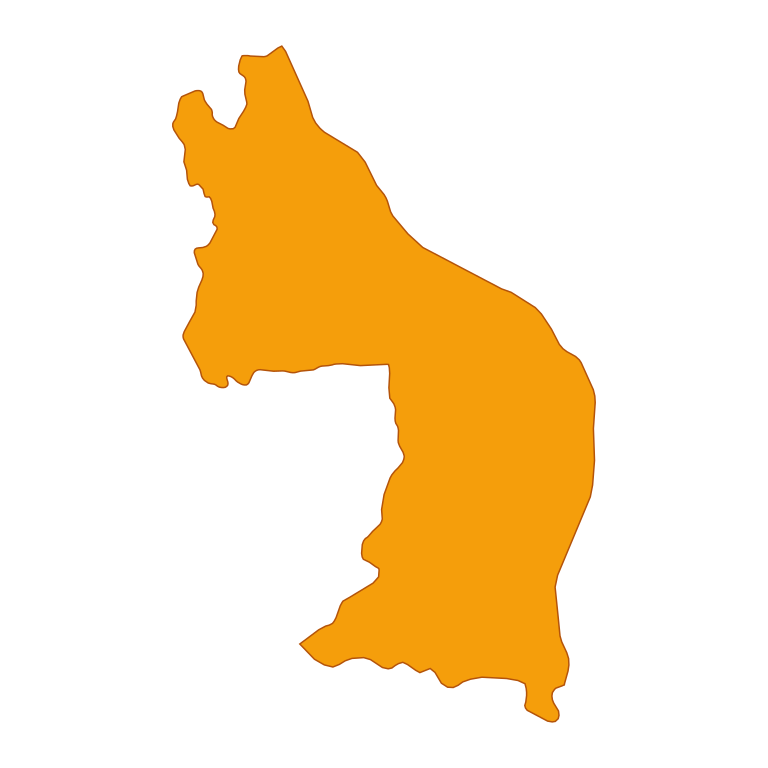 map outline of Nakhon Phanom (Albers equal-area conic projection)
{"feature_id": "THA-472", "entity_name": "Nakhon Phanom", "entity_type": "Province", "adm_level": 1, "iso_a3": "THA", "parent_name": "Thailand", "parent_adm1": "", "projection": "albers", "projection_center": [104.283, 17.384], "detail": "fine", "context": "isolated", "style": "filled", "palette": "amber", "viewbox_px": 768, "rotation_deg": 0, "n_neighbors": 0, "source": "natural_earth", "source_scale": "10m", "svg_char_len": 4211}
<svg xmlns="http://www.w3.org/2000/svg" viewBox="0 0 768 768"><path d="M281.8,46.1L285.6,51.4L308.0,101.3L312.7,117.5L315.7,123.1L319.8,128.1L321.6,129.8L324.5,132.3L357.5,152.3L365.2,162.2L376.6,185.4L384.0,194.5L386.0,197.9L387.4,201.2L390.6,211.8L392.8,215.9L407.9,233.9L422.8,247.5L501.6,288.9L511.1,292.3L535.3,307.6L541.4,314.0L551.4,329.1L559.3,344.4L562.9,348.7L566.9,351.7L575.6,356.5L579.3,359.9L581.2,362.8L593.3,389.7L594.8,396.0L595.2,402.5L593.4,428.5L594.5,460.4L592.6,485.0L590.3,496.9L557.6,575.2L555.1,587.1L558.3,618.5L560.0,635.9L561.7,641.8L566.8,652.8L568.6,658.6L568.9,665.0L568.0,671.1L564.6,683.3L564.3,684.9L564.2,684.9L562.0,685.9L556.0,688.1L554.5,689.4L552.4,692.6L551.9,696.0L552.4,699.8L553.7,703.1L558.5,711.0L559.0,715.3L558.2,718.7L555.3,721.4L552.2,721.9L547.6,721.1L527.2,710.3L525.5,708.0L524.8,705.5L525.8,702.0L526.6,695.6L526.6,692.3L526.2,688.4L525.0,683.7L518.0,680.5L506.6,678.5L481.9,677.2L470.5,679.2L462.8,681.9L458.1,685.3L453.2,687.5L447.6,687.2L441.4,683.2L435.0,672.4L430.2,668.5L419.9,672.6L415.7,670.3L407.5,664.5L402.8,662.3L398.5,663.6L395.2,665.5L391.9,668.0L388.2,668.8L382.4,667.5L370.5,659.6L363.7,657.6L352.0,658.4L345.2,660.8L339.4,664.4L332.9,667.0L324.3,664.9L314.4,659.2L299.8,644.0L318.7,629.8L325.6,626.1L329.3,625.1L332.5,623.4L334.2,621.2L336.1,617.6L340.3,605.7L342.0,602.6L343.0,601.1L349.0,597.7L373.1,583.1L378.6,576.9L379.1,570.3L378.9,568.8L378.1,568.0L375.5,566.6L369.4,562.2L363.4,559.3L362.2,557.0L361.6,553.3L362.3,544.5L363.6,540.9L365.4,538.5L366.9,537.6L368.2,536.5L372.6,531.4L380.1,524.3L381.5,521.7L382.3,519.1L381.6,509.5L384.1,494.5L390.1,478.0L391.8,474.9L395.0,470.9L397.9,468.1L402.5,462.6L403.8,459.3L404.2,457.0L404.2,455.9L403.1,452.3L399.7,446.3L398.3,442.7L398.1,440.4L398.5,430.4L398.1,428.0L397.6,426.3L395.8,423.3L395.2,421.0L395.0,418.2L395.6,409.8L395.2,407.3L393.9,403.9L392.9,402.4L389.8,398.2L388.9,387.8L389.7,373.4L389.3,367.6L388.5,364.5L387.0,364.3L360.4,365.6L342.6,363.7L336.0,364.0L334.0,364.3L332.2,364.9L328.4,365.6L321.8,366.1L319.8,366.6L318.1,367.4L314.8,369.3L313.2,369.9L300.6,371.1L295.0,372.6L292.9,372.7L290.8,372.5L284.9,371.1L282.7,370.9L273.6,371.2L260.3,369.7L258.5,369.8L256.6,370.4L255.1,371.3L253.8,372.5L252.0,375.6L248.9,382.8L247.9,384.0L246.5,384.9L244.9,385.0L243.3,384.8L242.2,384.5L240.8,383.9L237.7,382.1L236.1,380.8L234.4,379.0L232.8,377.7L231.1,376.7L229.5,376.1L227.8,375.8L226.8,376.6L226.7,378.0L227.1,379.7L227.7,381.5L228.0,383.2L227.8,385.0L226.8,386.3L225.3,387.3L223.4,387.6L221.2,387.5L219.3,387.1L217.5,386.2L216.1,385.1L214.6,384.3L213.1,384.0L210.8,383.7L208.2,383.0L204.4,380.4L202.6,378.2L201.5,375.9L200.6,371.9L199.9,369.7L183.5,338.8L183.1,337.0L183.1,335.0L183.7,333.2L184.3,331.5L189.3,322.2L195.0,312.0L196.2,305.3L196.2,301.0L197.1,292.4L198.7,287.2L201.9,280.0L203.0,276.4L203.2,273.4L202.7,271.6L202.0,269.8L201.0,268.4L198.8,265.8L197.9,264.2L194.3,252.8L194.4,250.7L195.2,249.1L196.7,248.2L198.5,247.9L202.8,247.5L206.4,246.3L208.1,245.0L209.9,243.0L217.2,229.1L216.9,227.0L215.7,225.6L213.9,224.6L212.8,222.5L213.2,220.1L214.8,216.6L215.0,214.3L214.4,211.3L213.1,208.2L211.8,201.4L210.6,198.4L209.2,196.8L207.7,197.0L206.3,197.0L205.1,196.5L204.0,193.3L203.2,189.7L203.1,189.2L198.9,184.6L197.6,184.1L196.2,184.4L193.4,185.7L191.9,186.0L190.2,185.8L188.8,183.5L187.4,179.3L186.6,170.2L183.9,161.8L185.3,149.5L184.2,144.6L182.3,141.9L179.2,138.3L173.9,129.9L172.8,126.5L172.8,123.8L173.4,122.2L175.6,118.9L176.5,116.1L177.5,111.8L178.8,103.1L180.2,99.2L181.6,96.8L183.2,96.0L195.1,90.9L197.0,90.6L199.1,90.6L200.9,91.1L202.2,92.3L202.9,93.9L204.3,99.7L205.1,101.3L207.0,104.2L211.5,109.5L212.0,111.0L212.3,112.8L212.2,114.7L212.6,116.5L213.4,118.2L214.3,119.7L215.6,121.0L217.0,122.1L223.2,125.3L228.0,128.4L230.1,128.9L233.2,128.7L235.0,127.4L235.8,125.6L238.8,118.5L243.6,111.2L245.7,107.3L246.9,104.1L246.7,102.0L244.9,94.2L244.7,89.9L246.0,81.6L245.8,79.7L245.2,77.9L244.2,76.6L242.8,75.5L241.4,74.6L239.9,73.5L238.9,72.0L238.5,69.4L238.7,66.0L240.2,59.9L242.0,56.0L242.3,55.8L244.0,55.6L247.6,55.6L249.3,55.8L249.7,56.0L263.9,56.7L265.5,56.4L266.5,56.1L267.2,55.8L277.9,48.0L281.8,46.1Z" fill="#f59e0b" stroke="#b45309" stroke-width="1.5"/></svg>